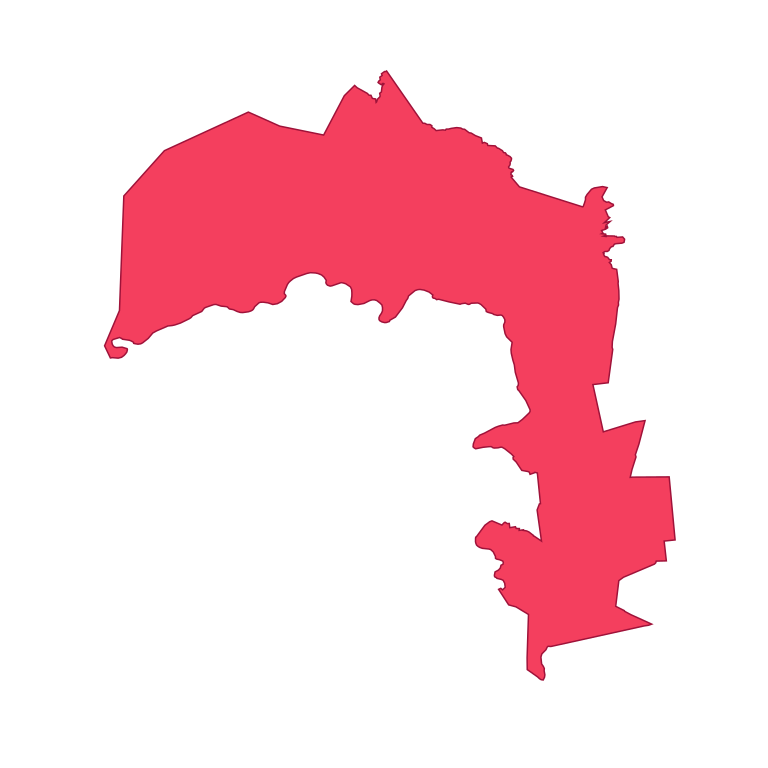 the district of Ruíz, Nayarit, Mexico, rotated 264°
{"feature_id": "50627088B68527106513110", "entity_name": "Ruíz", "entity_type": "district", "adm_level": 2, "iso_a3": "MEX", "parent_name": "Mexico", "parent_adm1": "Nayarit", "projection": "equal_earth", "projection_center": [-105.012, 22.017], "detail": "fine", "context": "isolated", "style": "filled", "palette": "rose", "viewbox_px": 768, "rotation_deg": 264, "n_neighbors": 0, "source": "geoboundaries", "source_scale": "gbopen_adm2", "svg_char_len": 6121}
<svg xmlns="http://www.w3.org/2000/svg" viewBox="0 0 768 768"><g transform="rotate(264 384 384)"><path d="M438.6,116.6L437.5,122.4L438.0,125.8L439.6,128.5L441.1,130.2L442.7,131.6L445.0,132.4L446.0,132.2L448.0,127.4L448.2,121.7L449.0,119.7L450.5,118.5L452.1,117.9L454.2,117.7L455.5,117.8L456.6,119.3L457.9,125.9L456.5,128.1L455.9,128.5L454.1,135.4L453.1,137.3L451.7,139.2L450.6,139.3L450.1,140.6L449.3,143.5L449.4,146.3L450.2,148.3L454.0,154.3L458.9,159.4L460.6,163.4L464.3,175.1L464.3,179.6L464.6,182.2L465.9,188.0L469.3,197.3L470.3,199.1L472.0,200.8L475.2,210.3L478.3,213.3L478.9,214.9L480.8,223.1L480.7,225.3L478.5,230.1L477.4,235.3L477.0,236.3L474.8,238.1L473.7,241.9L471.5,245.5L470.2,248.5L469.8,251.0L470.0,256.8L470.6,259.4L471.3,261.0L472.3,262.1L474.4,263.5L477.8,268.1L478.2,269.7L478.0,272.4L476.8,277.2L474.7,281.7L475.0,286.3L476.9,290.9L480.3,294.9L481.5,295.6L482.4,295.6L484.3,294.3L486.3,294.6L493.0,298.3L494.9,299.9L496.3,301.7L498.4,305.0L499.5,308.1L502.0,318.8L502.4,322.4L501.6,327.4L500.8,329.9L499.0,333.3L496.5,335.6L493.1,337.4L491.0,336.8L489.8,337.0L488.2,338.1L487.0,340.6L487.1,342.5L489.3,352.0L488.7,354.1L487.7,356.4L484.2,360.7L481.5,361.7L478.0,361.6L474.7,361.2L469.5,359.8L467.0,362.1L466.3,363.4L465.7,366.4L466.2,372.5L468.5,378.7L468.9,380.9L468.7,383.3L467.8,385.5L465.0,388.4L462.8,390.2L460.0,390.5L456.8,390.1L454.7,388.9L452.2,386.8L450.3,385.9L448.6,385.8L447.5,386.3L446.0,388.3L445.0,391.0L444.9,392.7L445.6,395.9L446.8,396.5L449.4,402.4L457.8,410.3L464.8,414.9L466.5,416.5L469.0,417.6L473.7,424.7L474.3,427.4L474.3,429.6L473.2,433.7L470.7,438.5L467.4,441.9L466.3,441.3L464.9,441.4L464.3,442.0L463.6,444.0L462.4,445.1L462.6,446.9L462.3,448.0L458.9,457.1L455.4,468.0L455.8,469.7L455.9,473.3L454.4,476.0L454.3,477.2L455.2,479.2L454.8,485.7L454.2,487.0L452.9,488.8L447.8,493.1L445.4,493.3L444.4,494.9L442.7,499.3L441.7,500.4L440.4,503.9L440.4,507.4L439.8,508.7L438.0,509.9L435.4,510.9L433.0,510.7L430.3,509.2L428.5,509.0L421.4,509.7L418.1,510.9L412.1,515.8L405.0,513.9L401.3,513.8L394.1,514.7L389.5,515.6L381.8,515.8L370.9,517.8L368.5,517.3L367.3,516.1L364.5,516.4L363.2,517.5L352.8,523.3L343.1,526.6L341.4,526.4L340.1,525.4L334.3,517.9L331.4,513.1L331.7,509.1L330.4,499.7L330.8,497.7L330.1,493.6L329.2,490.1L324.6,478.7L323.1,473.8L321.8,472.3L320.1,469.1L315.1,466.6L312.2,466.0L310.9,467.1L310.0,468.4L310.7,475.9L310.7,481.6L310.5,484.2L309.4,485.4L308.8,486.8L308.6,490.7L309.0,493.8L308.7,494.9L307.0,497.3L301.0,503.4L298.3,505.5L297.5,504.7L295.8,504.6L292.6,507.3L283.7,512.0L281.8,518.3L281.1,519.3L278.9,519.8L280.0,524.4L280.4,524.8L279.5,527.2L248.6,527.1L248.5,526.0L242.7,523.1L211.3,524.2L216.6,517.9L217.2,516.8L217.6,516.9L221.6,512.8L222.7,511.0L223.1,510.1L224.0,506.7L224.4,507.0L224.3,503.1L226.1,503.5L226.5,500.4L228.3,499.8L228.0,494.1L232.2,494.0L232.3,492.0L233.9,490.0L233.6,489.1L231.4,486.5L236.6,477.1L236.0,474.7L233.0,469.6L222.4,459.9L222.1,459.2L220.9,458.9L217.5,458.5L216.0,458.7L214.2,459.2L212.9,460.3L211.6,461.9L210.3,464.6L208.9,471.1L208.2,472.8L205.6,475.1L200.9,476.8L198.9,476.7L198.0,477.9L197.2,480.5L195.5,483.6L194.0,484.0L192.3,483.5L191.5,481.4L188.8,480.4L187.0,478.4L185.5,474.8L182.3,473.8L181.2,473.8L180.3,474.3L179.8,475.4L178.9,476.0L177.4,480.2L176.3,482.0L173.2,483.2L169.2,483.3L168.4,482.4L166.9,480.4L168.6,478.8L167.8,476.5L151.3,484.9L148.6,491.9L139.7,503.6L96.8,497.7L85.0,496.6L76.7,506.1L74.6,507.9L73.5,509.4L73.0,511.4L75.6,513.0L77.9,513.6L82.1,513.3L84.3,513.7L86.6,512.9L89.1,511.5L96.0,511.5L99.1,512.8L102.8,517.3L105.3,518.8L106.0,519.8L105.5,522.5L116.2,617.3L116.4,621.9L117.2,625.1L128.8,605.4L132.8,599.5L133.4,599.4L138.7,591.2L163.9,597.0L166.8,602.0L176.6,634.1L177.8,635.6L179.4,636.2L178.6,646.3L198.5,646.2L198.5,657.2L261.8,657.9L265.4,621.4L265.4,619.1L273.0,621.7L285.1,627.0L287.4,626.6L297.5,631.2L320.3,639.8L320.0,630.1L313.5,597.1L361.6,591.7L361.8,607.1L394.5,615.1L396.7,614.7L402.4,615.6L419.5,620.7L435.6,624.2L438.0,625.5L440.6,625.6L443.8,626.6L452.3,627.3L459.5,627.3L461.4,627.7L473.7,627.4L474.8,624.1L475.4,623.0L478.9,622.5L481.3,620.8L482.3,622.7L483.8,623.0L483.9,621.8L484.6,620.9L486.6,619.7L487.6,617.7L487.5,617.2L488.2,616.6L490.4,615.9L490.5,616.4L491.0,616.5L491.8,615.8L492.7,617.5L492.5,620.0L493.3,621.7L495.1,622.6L496.8,624.6L496.9,626.1L499.0,627.7L499.3,629.5L499.2,635.4L499.8,637.5L501.6,638.1L502.9,638.4L505.3,636.7L505.5,631.0L506.5,630.5L506.6,628.9L507.1,628.6L508.0,621.2L507.4,620.5L508.1,617.7L508.8,620.3L509.9,620.1L510.7,616.4L511.1,617.6L513.9,616.4L514.8,620.6L516.0,622.8L517.5,622.6L515.9,620.5L518.9,621.5L522.0,625.9L521.4,620.0L525.9,625.9L526.9,624.5L534.0,622.3L537.4,630.8L538.1,630.9L538.9,630.6L539.5,629.2L541.6,626.5L541.5,624.4L543.5,621.6L547.3,620.4L556.0,626.5L557.5,622.0L557.0,613.6L556.0,610.7L551.3,605.8L548.7,603.9L546.1,603.6L542.6,602.1L539.6,600.6L539.5,599.8L565.9,539.3L576.4,532.1L576.7,532.2L577.1,533.6L578.2,533.2L578.9,532.1L581.1,532.6L581.2,533.2L581.6,533.2L581.8,534.3L582.9,535.2L583.9,534.7L585.3,531.5L585.9,530.7L586.9,530.6L588.4,532.0L589.8,532.5L591.5,532.6L592.4,533.5L594.0,534.2L595.2,534.4L597.0,533.1L598.8,530.5L599.1,529.6L600.5,529.4L601.3,528.7L601.7,527.1L603.6,526.2L606.5,522.5L606.7,521.5L609.2,519.5L610.4,512.1L612.2,511.9L613.8,509.0L613.3,507.0L618.5,506.6L621.5,500.8L624.4,497.0L625.0,494.9L628.9,490.8L629.3,488.8L630.5,487.2L631.4,483.1L631.2,477.5L630.8,474.9L631.0,472.5L630.0,471.6L630.6,469.1L630.6,462.3L632.5,460.7L634.3,458.4L635.9,458.6L637.3,456.8L637.6,453.9L639.0,451.9L639.3,449.9L695.0,419.3L694.6,418.7L694.7,417.2L692.8,413.9L691.0,414.4L689.6,411.9L686.9,412.1L685.9,410.6L684.6,409.6L684.0,410.0L681.9,412.5L681.8,412.9L683.0,413.8L682.9,415.0L682.5,415.4L681.4,414.1L679.5,413.0L674.7,411.9L673.6,410.1L670.9,410.3L669.9,409.8L667.9,407.3L665.3,406.1L664.9,405.6L668.4,405.4L669.1,402.7L669.5,402.2L672.5,401.2L672.7,399.7L673.1,398.9L674.6,398.0L681.4,388.3L684.0,386.0L674.9,374.7L637.9,350.0L651.4,307.2L668.6,277.5L639.0,190.0L598.2,144.9L484.7,128.6L451.2,110.1L438.5,114.6L438.6,116.6Z" fill="#f43f5e" stroke="#9f1239" stroke-width="1.5"/></g></svg>